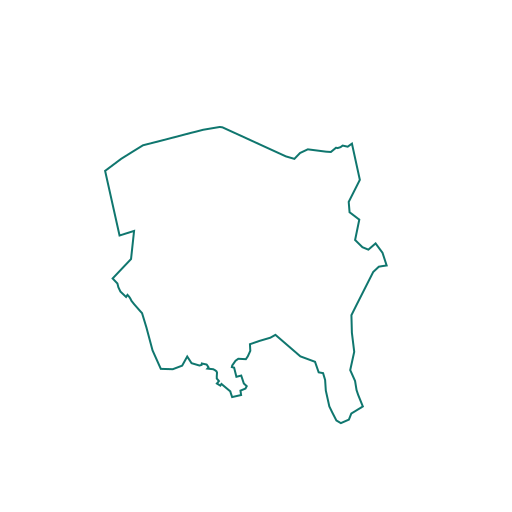 Mubi South, Adamawa, Nigeria, rotated 214°
{"feature_id": "59680162B11164722545286", "entity_name": "Mubi South", "entity_type": "district", "adm_level": 2, "iso_a3": "NGA", "parent_name": "Nigeria", "parent_adm1": "Adamawa", "projection": "equal_earth", "projection_center": [13.272, 10.176], "detail": "fine", "context": "isolated", "style": "outline", "palette": "teal", "viewbox_px": 512, "rotation_deg": 214, "n_neighbors": 0, "source": "geoboundaries", "source_scale": "gbopen_adm2", "svg_char_len": 1659}
<svg xmlns="http://www.w3.org/2000/svg" viewBox="0 0 512 512"><g transform="rotate(214 256 256)"><path d="M239.3,402.8L241.1,397.9L245.9,396.0L246.8,393.5L248.7,391.1L250.2,390.5L252.1,384.1L256.2,381.7L272.7,373.4L277.1,366.0L278.5,358.0L286.9,355.3L304.4,352.4L355.8,343.9L358.2,342.7L370.4,331.1L375.5,325.3L378.7,321.8L399.2,298.5L411.6,284.6L416.8,273.1L422.1,261.2L428.7,242.2L380.6,196.7L371.1,208.6L357.9,183.6L362.3,157.2L355.5,155.7L355.4,155.6L352.6,153.1L348.5,150.7L340.8,149.4L340.8,151.9L338.4,151.3L336.3,150.4L334.2,149.2L330.1,147.9L321.8,145.7L318.5,144.9L306.8,135.4L289.0,119.9L271.8,109.2L261.7,115.6L255.9,123.8L256.8,134.2L249.5,131.1L241.6,133.6L240.2,135.3L240.8,136.6L239.0,137.3L236.3,138.4L235.6,138.2L233.2,137.2L233.2,136.4L233.3,135.5L230.6,136.9L228.2,138.2L226.3,138.4L224.3,138.3L223.1,137.5L221.3,134.4L220.0,132.5L216.8,131.6L217.1,128.4L213.1,128.6L213.1,130.6L206.5,129.9L201.6,129.4L200.2,128.2L196.9,125.7L190.6,132.4L193.6,135.7L190.6,140.2L190.9,142.9L194.8,143.5L201.4,148.6L204.7,144.9L211.7,151.2L213.9,150.4L214.5,152.0L214.4,157.7L213.2,160.9L206.7,164.8L206.7,168.3L207.7,174.2L211.7,179.5L205.6,187.6L198.4,196.3L195.8,201.5L163.1,197.6L147.9,201.3L139.0,194.6L134.9,196.4L129.4,191.9L122.9,183.5L111.1,172.3L105.4,169.0L97.4,164.6L92.2,164.9L87.5,172.3L88.9,178.7L83.3,191.0L93.8,198.1L97.7,201.1L104.0,207.8L114.1,214.1L121.0,231.5L133.6,246.0L143.8,260.3L145.3,271.7L149.9,308.3L148.2,315.8L145.7,318.2L142.4,321.2L152.9,329.4L163.9,333.3L166.4,324.1L172.7,322.8L182.8,324.7L190.7,343.9L202.9,344.6L209.4,352.7L212.0,373.3L212.5,377.2L239.3,402.8Z" fill="none" stroke="#0f766e" stroke-width="2"/></g></svg>